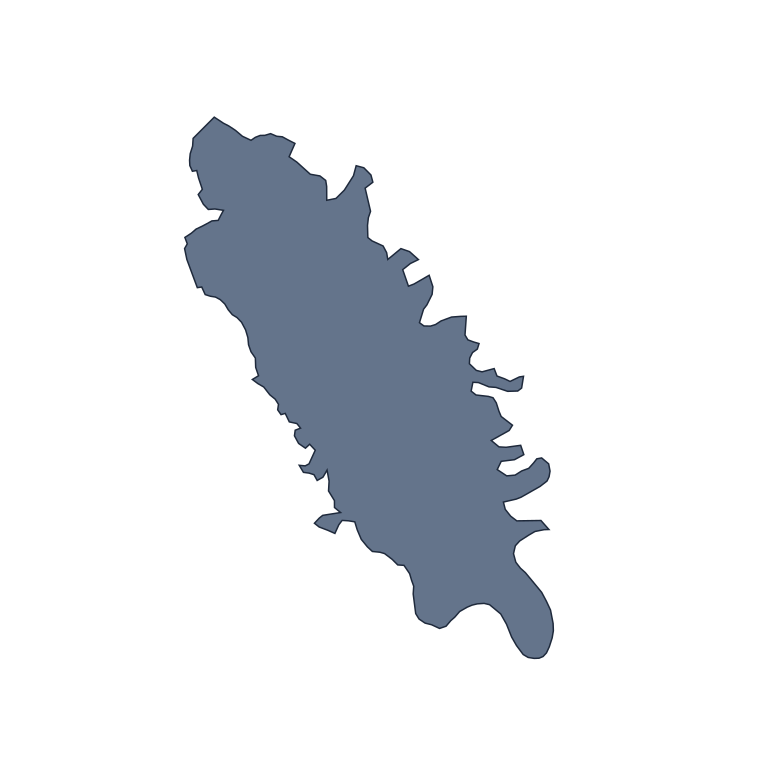 Realeza, Paraná, Brazil, rotated 152°
{"feature_id": "56859067B32532391106562", "entity_name": "Realeza", "entity_type": "district", "adm_level": 2, "iso_a3": "BRA", "parent_name": "Brazil", "parent_adm1": "Paraná", "projection": "equal_earth", "projection_center": [-53.548, -25.669], "detail": "fine", "context": "isolated", "style": "filled", "palette": "slate", "viewbox_px": 768, "rotation_deg": 152, "n_neighbors": 0, "source": "geoboundaries", "source_scale": "gbopen_adm2", "svg_char_len": 3268}
<svg xmlns="http://www.w3.org/2000/svg" viewBox="0 0 768 768"><g transform="rotate(152 384 384)"><path d="M453.3,661.8L449.1,660.4L451.0,653.1L453.0,641.2L459.1,638.5L459.1,627.5L457.2,620.6L451.1,617.9L444.2,612.7L448.3,610.0L453.6,606.3L459.4,608.8L465.3,608.7L470.4,608.7L477.2,609.0L483.3,607.6L491.0,606.9L491.9,600.1L496.5,597.2L499.6,586.5L503.6,556.7L499.4,555.2L499.9,546.9L496.1,543.0L492.0,539.9L489.0,535.4L487.0,529.4L486.7,522.7L485.4,516.4L482.6,511.7L480.8,505.4L480.8,496.8L482.4,488.9L485.2,482.2L486.3,474.9L485.4,467.3L489.5,458.9L490.9,450.2L498.1,449.8L495.2,443.6L491.6,437.8L489.9,428.1L487.2,421.7L486.7,415.6L490.0,411.1L489.3,405.3L485.0,404.4L485.4,395.0L479.5,390.0L478.4,384.2L484.1,384.9L487.4,380.3L487.3,371.6L483.5,364.2L477.9,365.7L475.8,357.8L482.2,352.9L487.7,348.7L492.0,348.7L497.0,352.0L496.6,343.8L492.0,340.5L488.4,336.8L488.3,330.2L481.6,330.4L474.7,334.7L478.1,324.0L483.2,315.6L482.5,304.3L485.7,298.2L482.7,290.9L493.1,294.5L499.8,296.8L504.1,296.0L510.8,293.7L508.4,288.2L502.2,281.1L497.5,275.1L490.0,280.9L485.0,283.2L479.6,279.9L474.5,276.0L476.1,267.8L477.0,257.5L475.1,248.0L472.9,241.6L466.6,237.4L463.1,234.0L459.1,225.3L456.8,217.8L451.5,214.5L450.4,204.5L451.8,197.8L452.7,191.5L456.8,184.9L463.8,166.4L463.4,160.0L460.0,153.6L455.0,149.1L449.7,142.1L442.9,141.0L436.1,143.7L431.0,144.9L424.0,147.6L415.4,147.9L410.0,147.4L404.9,146.1L398.6,143.3L394.4,139.6L388.9,126.2L388.6,114.4L390.1,100.7L389.8,90.9L388.1,79.8L385.1,74.9L380.2,71.2L375.8,69.1L371.5,68.7L366.8,70.3L361.5,74.3L354.7,80.9L350.3,86.6L347.1,93.2L343.1,106.2L342.6,115.9L342.6,126.0L344.5,135.4L347.7,150.9L350.0,157.3L351.3,164.7L349.3,173.4L344.0,179.5L337.9,181.7L327.4,182.6L319.9,182.9L311.0,180.2L306.7,178.1L309.5,189.8L331.0,200.8L334.2,207.8L335.8,216.4L334.0,223.7L321.3,220.3L316.2,219.7L294.3,220.3L285.6,221.8L281.8,224.6L278.3,229.1L276.1,236.2L279.5,244.7L284.2,246.2L288.9,244.1L295.8,241.6L303.3,242.6L311.0,242.0L318.8,245.3L324.2,255.3L316.8,260.7L304.3,255.9L293.7,256.0L292.1,265.7L305.9,270.8L312.0,274.5L315.8,283.8L295.3,284.2L289.9,287.3L295.8,300.3L295.3,305.9L293.7,314.7L294.2,320.7L297.6,324.0L307.9,331.1L310.4,336.8L304.7,343.8L299.9,340.9L292.7,332.2L286.7,328.4L278.3,319.5L269.2,315.0L264.4,315.8L257.2,325.3L261.2,326.7L271.5,327.1L275.1,332.0L280.5,338.0L279.5,345.9L291.7,348.7L296.1,352.7L299.1,361.8L296.1,366.7L291.1,370.2L285.2,371.0L281.1,375.1L285.2,379.1L289.2,383.6L289.5,389.2L279.5,405.2L284.5,407.7L292.9,411.4L304.0,412.9L310.6,412.3L315.8,413.3L321.5,416.5L323.9,421.5L313.9,431.5L309.0,433.7L299.4,440.6L295.2,446.9L293.1,458.8L310.6,458.2L316.5,458.9L313.8,476.2L304.2,478.0L295.2,477.7L299.3,488.9L305.5,495.6L322.2,492.2L320.0,498.7L320.0,506.3L327.4,516.0L329.5,520.9L324.1,531.8L319.7,538.2L314.8,542.8L308.7,565.8L299.1,567.4L297.4,574.7L300.3,584.4L306.1,589.8L313.2,582.2L328.0,573.8L339.3,570.4L348.3,573.1L341.9,585.3L339.9,591.1L342.9,597.8L350.6,603.8L356.8,620.9L361.1,629.2L349.7,638.2L354.5,645.1L357.7,650.0L362.4,653.1L366.6,658.3L372.5,659.5L376.6,661.6L381.8,662.2L387.0,661.6L392.7,669.2L396.1,677.7L399.9,684.7L403.3,689.6L408.6,699.3L437.2,690.5L441.3,683.9L447.0,678.3L450.6,672.9L452.9,668.0L453.3,661.8Z" fill="#64748b" stroke="#1e293b" stroke-width="1.5"/></g></svg>